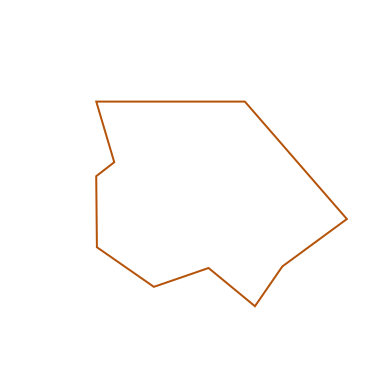 outline of Sharyngol, Darhan-Uul, Mongolia, rotated 324°
{"feature_id": "93677404B32233139158886", "entity_name": "Sharyngol", "entity_type": "district", "adm_level": 2, "iso_a3": "MNG", "parent_name": "Mongolia", "parent_adm1": "Darhan-Uul", "projection": "albers", "projection_center": [106.453, 49.233], "detail": "fine", "context": "isolated", "style": "outline", "palette": "amber", "viewbox_px": 384, "rotation_deg": 324, "n_neighbors": 0, "source": "geoboundaries", "source_scale": "gbopen_adm2", "svg_char_len": 296}
<svg xmlns="http://www.w3.org/2000/svg" viewBox="0 0 384 384"><g transform="rotate(324 192 192)"><path d="M301.4,304.9L287.9,149.9L167.7,62.6L146.6,122.2L123.8,122.9L82.6,180.8L105.4,246.3L160.7,263.2L175.8,321.4L221.4,305.3L301.4,304.9Z" fill="none" stroke="#b45309" stroke-width="2"/></g></svg>